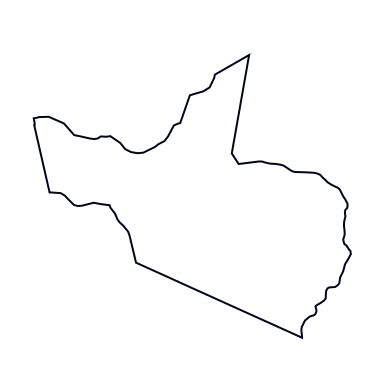 the district of Tete Morne/Morne Andrew, Vieux Fort, Saint Lucia, rotated 3°
{"feature_id": "8701671B63558668022840", "entity_name": "Tete Morne/Morne Andrew", "entity_type": "district", "adm_level": 2, "iso_a3": "LCA", "parent_name": "Saint Lucia", "parent_adm1": "Vieux Fort", "projection": "orthographic", "projection_center": [-60.952, 13.772], "detail": "fine", "context": "isolated", "style": "outline", "palette": "ink", "viewbox_px": 384, "rotation_deg": 3, "n_neighbors": 0, "source": "geoboundaries", "source_scale": "gbopen_adm2", "svg_char_len": 2311}
<svg xmlns="http://www.w3.org/2000/svg" viewBox="0 0 384 384"><g transform="rotate(3 192 192)"><path d="M49.8,199.9L50.2,199.8L60.9,200.0L65.2,202.3L65.5,202.5L68.6,205.6L74.8,211.1L78.7,212.0L82.7,211.5L92.7,208.4L94.3,207.9L101.3,208.8L103.3,209.0L110.4,209.5L111.5,212.2L112.6,213.4L116.1,217.4L117.0,219.2L118.9,223.1L121.2,226.0L124.2,228.5L125.1,229.2L126.4,230.7L130.2,234.8L131.9,238.7L139.8,265.5L205.5,291.2L309.6,331.8L309.6,331.6L308.4,324.2L308.6,321.4L311.5,314.5L316.1,310.2L319.9,308.8L321.3,307.9L322.5,305.1L322.3,302.8L321.3,300.1L321.7,299.2L323.2,298.0L326.1,296.2L329.4,293.6L331.1,291.4L331.0,288.6L331.1,284.0L332.2,281.3L334.1,280.1L339.9,279.4L342.5,277.4L343.9,275.3L344.4,269.6L347.0,263.6L348.0,259.3L348.2,257.6L349.0,255.4L352.0,249.8L353.9,245.7L353.3,242.7L352.0,241.4L348.9,237.3L346.8,235.8L346.0,233.6L345.5,231.3L346.4,228.2L346.7,225.7L346.1,221.0L345.5,217.8L345.5,213.7L346.0,210.6L346.5,208.4L345.8,205.1L345.8,204.0L346.0,202.2L347.8,199.7L348.1,197.9L347.8,195.3L345.1,190.9L343.7,189.1L342.0,186.3L339.6,182.1L338.4,180.9L337.7,180.3L337.4,180.2L333.8,178.7L331.2,177.6L329.4,176.6L327.7,175.7L326.4,174.8L325.1,173.5L324.1,172.6L322.4,171.3L321.2,170.2L320.0,169.0L319.0,168.1L318.3,167.8L317.4,167.4L314.8,166.7L311.5,166.4L308.2,166.4L302.0,166.4L299.7,166.5L293.9,166.6L292.5,166.4L291.0,166.1L289.8,165.4L288.4,164.6L286.4,163.4L284.3,162.1L282.5,161.1L280.9,160.5L278.6,160.1L274.5,159.6L271.9,159.6L270.1,159.6L268.2,159.5L266.0,159.2L264.2,158.8L262.6,158.5L260.9,158.0L259.3,157.9L258.1,158.0L257.3,158.0L237.1,161.6L229.7,151.4L241.9,52.2L208.7,73.6L208.5,75.1L208.2,77.0L204.1,86.7L201.3,88.6L198.0,90.9L189.3,93.9L186.9,94.8L184.8,95.6L182.6,103.2L176.6,123.9L175.1,124.2L174.5,124.4L174.2,124.6L170.4,126.5L167.8,132.1L165.1,137.9L161.8,142.6L156.0,146.0L152.7,148.9L148.1,151.5L141.2,155.3L135.5,156.1L128.9,155.3L128.1,154.9L123.1,152.7L117.8,146.8L107.5,140.5L104.1,141.2L103.8,141.3L98.0,141.3L95.2,143.4L94.4,143.6L91.5,144.3L86.5,143.8L77.1,142.2L72.4,141.5L71.3,141.3L68.0,137.9L60.6,130.3L57.5,129.1L51.6,126.9L47.9,125.5L45.0,124.4L35.5,125.2L33.1,126.0L30.1,126.7L30.4,127.9L30.7,128.9L30.8,129.5L31.0,130.2L31.3,131.8L31.3,132.1L31.4,133.1L31.3,133.8L31.0,133.8L46.5,188.3L49.8,199.9Z" fill="none" stroke="#020617" stroke-width="2"/></g></svg>